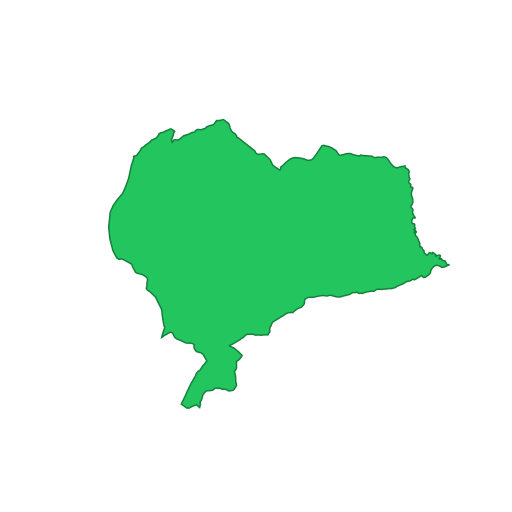 Mandera North, North-Eastern, Kenya (orthographic projection), rotated 38°
{"feature_id": "3690345B80624826839047", "entity_name": "Mandera North", "entity_type": "district", "adm_level": 2, "iso_a3": "KEN", "parent_name": "Kenya", "parent_adm1": "North-Eastern", "projection": "orthographic", "projection_center": [40.826, 3.604], "detail": "fine", "context": "isolated", "style": "filled", "palette": "green", "viewbox_px": 512, "rotation_deg": 38, "n_neighbors": 0, "source": "geoboundaries", "source_scale": "gbopen_adm2", "svg_char_len": 6135}
<svg xmlns="http://www.w3.org/2000/svg" viewBox="0 0 512 512"><g transform="rotate(38 256 256)"><path d="M105.0,217.6L104.3,219.4L104.8,221.8L104.8,224.1L103.4,227.2L102.3,229.2L102.2,232.0L100.6,236.7L100.4,239.0L99.5,240.6L99.4,242.1L100.0,245.1L99.9,247.2L100.1,249.3L99.9,250.6L99.1,251.8L98.5,252.1L98.4,253.1L99.5,254.3L100.0,255.8L100.7,257.4L101.9,261.3L102.4,262.1L107.8,273.2L110.2,280.4L112.4,288.9L112.0,296.7L112.3,303.9L114.2,311.3L122.1,323.9L130.1,332.3L139.9,339.8L147.4,343.2L150.1,343.0L151.8,341.1L152.9,340.7L155.3,340.2L162.8,339.0L163.6,339.3L165.5,340.5L171.0,343.0L173.1,342.7L177.0,340.9L179.1,340.4L180.9,340.2L182.7,340.2L184.6,340.8L185.7,342.4L186.4,343.9L187.1,345.1L187.9,345.8L189.6,349.2L191.4,349.7L194.8,349.5L202.0,350.2L205.0,351.7L212.7,355.3L215.3,356.9L219.3,361.1L222.9,364.5L226.7,367.8L227.8,368.2L228.3,369.1L230.0,374.0L231.8,378.3L232.3,377.2L232.4,375.9L235.0,369.6L235.6,368.5L236.9,368.3L238.2,368.3L241.7,370.0L244.2,370.2L248.4,369.0L254.0,367.8L255.4,367.0L258.2,364.8L260.2,364.0L261.1,363.9L262.1,364.1L262.9,365.6L264.0,366.7L266.7,367.8L268.1,367.9L270.7,366.9L272.0,366.2L273.3,366.1L275.1,366.2L281.8,368.9L281.9,373.2L281.6,375.5L281.9,377.6L282.1,380.4L281.3,383.0L281.3,385.1L282.3,388.4L282.6,391.8L283.1,393.8L283.1,395.5L285.5,406.6L286.2,408.9L288.1,417.9L288.3,418.7L291.6,418.5L294.9,418.5L297.0,417.0L297.9,414.6L299.2,412.2L300.6,410.0L304.9,410.1L303.4,406.9L301.9,405.7L301.7,403.2L299.6,397.9L299.5,396.3L299.8,393.3L300.8,391.9L302.7,390.4L304.5,388.4L305.0,386.0L305.4,385.1L306.3,384.3L307.7,383.7L308.2,383.2L308.6,382.5L310.8,382.1L312.2,381.4L313.5,379.9L316.8,379.3L317.8,379.0L320.4,376.2L320.9,374.8L320.4,370.2L319.3,368.8L317.6,367.7L314.0,363.4L309.9,360.0L310.2,358.7L309.9,357.1L309.4,355.9L307.3,353.3L306.3,352.4L306.0,351.5L305.5,350.8L306.2,349.3L306.6,347.5L306.6,345.0L306.3,343.0L305.3,342.7L303.2,342.7L302.5,342.3L296.4,342.1L295.0,342.1L292.0,343.0L290.4,343.1L290.3,342.8L291.0,341.6L291.7,340.0L295.0,331.6L295.2,329.9L296.0,328.7L296.0,328.0L296.2,327.4L296.5,324.7L297.3,323.2L301.4,319.7L304.3,318.7L307.3,316.1L308.9,315.3L310.7,313.3L314.0,310.8L314.0,310.5L313.6,309.3L313.7,307.3L311.4,304.6L311.0,303.9L310.9,302.2L309.9,298.6L310.0,297.3L313.3,288.3L314.3,286.1L314.8,284.2L315.3,282.7L315.9,281.6L316.9,280.2L319.8,278.0L320.3,275.2L321.1,272.1L321.6,271.0L323.3,268.5L323.5,265.8L323.5,264.2L323.2,263.4L321.6,261.1L321.3,260.0L322.0,257.6L322.5,256.7L323.3,255.9L326.1,253.6L327.2,252.5L329.5,249.6L331.8,247.1L333.5,245.6L336.5,243.9L338.3,241.6L339.0,241.0L344.2,238.8L347.5,236.6L348.8,234.6L353.4,228.7L354.6,225.5L356.9,223.5L357.4,222.6L358.2,222.4L359.2,222.4L360.7,221.7L361.6,220.7L362.9,220.1L364.3,217.6L365.8,215.6L366.6,214.9L368.6,212.6L370.5,211.4L370.9,210.5L371.7,207.9L374.2,205.8L375.9,204.8L376.9,203.6L379.6,201.2L380.5,200.0L382.0,199.0L383.2,197.9L384.5,195.9L385.5,194.8L385.5,193.6L389.0,187.3L390.4,183.6L393.0,180.4L393.7,177.8L395.5,177.3L398.5,169.6L399.0,169.3L399.7,169.6L401.3,169.7L402.5,168.6L403.2,166.0L403.6,165.1L403.9,162.9L403.9,162.1L403.1,160.7L402.6,159.4L402.4,157.4L402.5,155.0L403.3,153.0L404.3,151.9L405.7,151.3L406.9,150.8L409.6,150.5L411.2,148.7L413.6,144.2L413.1,144.1L412.8,144.4L412.6,145.0L412.2,145.3L407.9,143.5L405.5,144.6L404.8,144.5L404.0,143.9L403.6,143.9L403.3,144.0L403.0,145.2L402.4,145.4L401.8,145.1L401.7,144.6L401.5,142.8L401.2,142.3L400.7,142.2L400.1,142.3L398.3,144.2L398.0,145.3L397.6,145.3L397.0,144.3L393.9,144.3L393.1,144.4L393.1,145.0L393.4,145.2L393.4,145.8L390.9,146.3L390.5,146.6L390.5,149.9L390.3,150.1L387.2,150.0L386.7,149.9L385.1,148.5L384.6,148.3L383.0,148.2L381.8,147.3L380.5,147.2L380.1,147.3L379.9,147.7L379.5,147.8L378.9,147.0L377.8,146.3L377.4,145.1L375.7,144.4L373.7,143.0L371.0,141.8L369.0,141.7L367.8,140.4L366.4,140.2L366.1,140.0L365.8,139.5L365.8,139.1L367.6,138.9L367.7,138.7L367.6,138.4L366.6,137.9L364.6,137.9L364.2,137.8L364.1,137.5L364.3,137.1L364.7,136.8L364.9,136.4L363.2,135.5L361.6,133.4L360.7,133.3L359.6,134.2L359.0,134.2L357.7,133.2L356.9,132.2L356.3,129.6L356.5,129.2L357.9,128.3L357.8,127.8L357.2,127.5L355.6,127.1L353.1,125.8L352.0,124.8L351.8,123.6L350.7,122.5L348.3,122.2L347.4,121.4L347.3,119.5L346.9,117.9L346.1,116.5L344.7,114.9L343.4,113.9L341.8,112.9L340.8,112.1L339.4,110.2L337.8,105.8L336.8,105.6L335.6,106.4L335.0,106.4L334.1,104.4L333.0,104.1L331.2,104.1L330.7,103.7L330.2,102.9L330.1,100.9L329.4,100.1L328.5,99.8L327.5,99.0L325.9,97.4L324.8,95.1L322.7,94.2L319.6,94.5L318.4,94.1L318.1,93.3L315.6,95.9L313.9,98.3L312.5,99.9L311.3,100.5L309.1,100.8L305.1,100.1L300.2,98.5L298.0,98.3L296.8,98.5L295.8,99.0L294.3,100.8L292.6,102.1L291.0,103.2L289.7,104.8L289.0,105.4L287.6,105.9L286.3,105.9L285.3,106.3L283.6,107.6L281.6,108.8L278.1,111.2L276.9,111.6L276.3,112.2L276.3,112.7L276.0,113.5L275.6,113.7L274.6,114.3L270.7,116.1L267.4,117.1L264.6,119.3L260.6,124.6L259.5,125.2L258.5,125.1L254.4,123.7L249.2,124.1L245.5,125.1L244.1,125.9L241.6,126.9L241.0,127.3L240.1,128.5L240.9,139.0L241.0,143.2L240.9,144.8L240.4,146.2L239.4,147.4L237.7,148.9L233.9,150.0L232.3,150.7L228.0,153.1L225.6,154.9L224.2,156.7L223.2,158.8L222.0,163.5L221.5,167.8L220.8,170.1L221.0,171.2L221.9,172.4L221.9,173.6L216.2,174.1L213.2,174.1L208.6,171.8L207.3,171.3L199.6,170.5L198.6,171.1L195.4,174.4L194.3,174.8L193.1,175.0L192.0,174.8L190.4,173.9L178.5,173.8L177.1,173.9L169.9,173.7L167.8,174.2L166.6,173.2L164.7,172.7L163.9,172.6L161.0,172.8L160.0,172.6L158.8,172.2L157.7,171.5L156.7,171.2L154.6,169.3L152.8,168.4L150.7,168.3L150.2,168.8L149.8,168.9L149.3,168.6L148.5,168.4L146.3,168.6L143.9,171.6L141.5,173.6L141.8,177.6L141.3,179.3L139.7,181.1L138.6,182.8L137.6,184.6L137.5,186.7L136.2,188.3L135.6,189.5L134.9,190.4L132.3,192.0L131.8,192.6L131.3,193.7L131.2,196.0L131.1,196.3L129.7,198.0L128.8,199.5L127.8,201.7L125.0,205.7L124.4,208.6L123.6,211.9L122.6,213.0L120.6,214.3L119.8,215.3L119.8,216.5L120.2,217.9L119.8,218.0L117.9,216.6L116.5,212.0L115.4,209.6L115.2,207.9L114.2,207.7L110.8,208.2L110.4,208.6L110.0,209.0L109.6,210.2L107.8,213.1L107.1,215.0L105.8,216.9L105.0,217.6Z" fill="#22c55e" stroke="#15803d" stroke-width="1.5"/></g></svg>